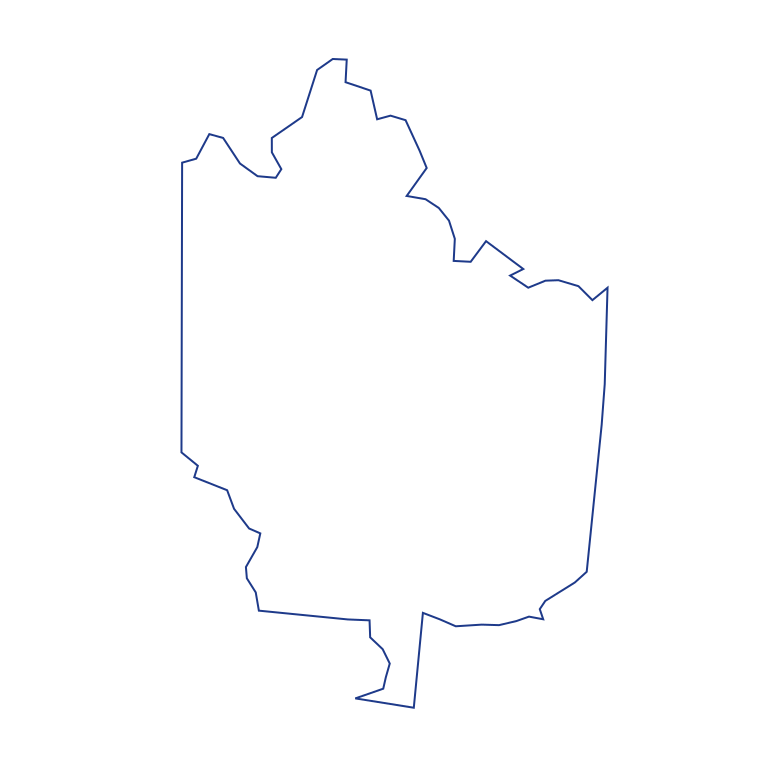 the district of Fagundes Varela, Rio Grande do Sul, Brazil, rotated 95°
{"feature_id": "56859067B34338588970082", "entity_name": "Fagundes Varela", "entity_type": "district", "adm_level": 2, "iso_a3": "BRA", "parent_name": "Brazil", "parent_adm1": "Rio Grande do Sul", "projection": "equal_earth", "projection_center": [-51.72, -28.886], "detail": "fine", "context": "isolated", "style": "outline", "palette": "blue", "viewbox_px": 768, "rotation_deg": 95, "n_neighbors": 0, "source": "geoboundaries", "source_scale": "gbopen_adm2", "svg_char_len": 1036}
<svg xmlns="http://www.w3.org/2000/svg" viewBox="0 0 768 768"><g transform="rotate(95 384 384)"><path d="M469.8,579.8L481.7,562.3L493.4,564.9L503.5,531.0L521.4,522.5L539.7,505.8L543.6,494.2L557.5,496.0L578.4,505.6L589.5,503.7L602.8,493.6L620.7,488.9L621.7,399.5L620.7,377.8L637.6,375.7L648.3,362.2L662.0,353.9L675.9,356.6L687.6,358.2L699.7,385.2L703.9,326.1L608.6,325.3L613.6,307.8L619.1,291.4L615.2,265.7L614.2,248.4L608.6,231.4L603.1,219.3L604.5,204.9L594.7,209.2L586.0,204.4L565.1,176.6L553.4,165.7L405.6,163.6L364.9,164.1L268.6,169.7L282.3,183.7L269.6,198.8L265.4,219.3L267.0,232.2L275.5,248.7L265.0,267.8L257.3,255.3L232.8,294.8L254.7,308.3L255.3,325.3L233.2,326.1L215.6,333.5L203.9,344.7L196.3,358.7L194.7,377.8L165.1,360.3L148.6,368.8L119.3,385.5L116.1,400.9L120.9,413.9L92.9,422.9L86.7,448.6L64.1,449.4L64.7,463.4L77.0,478.0L125.2,488.9L148.7,517.2L163.0,515.9L178.9,505.0L188.0,509.8L188.0,528.1L176.9,546.7L152.9,565.7L150.3,579.8L175.9,590.7L181.1,604.4L469.8,579.8Z" fill="none" stroke="#1e3a8a" stroke-width="2"/></g></svg>